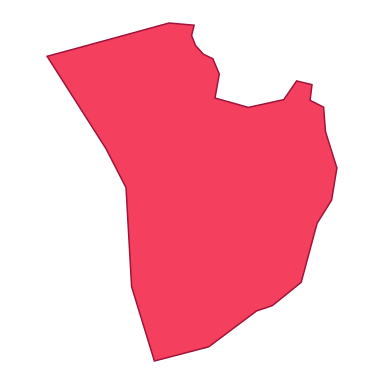 the border of Daejeon
{"feature_id": "KOR-2503", "entity_name": "Daejeon", "entity_type": "Metropolitan City", "adm_level": 1, "iso_a3": "KOR", "parent_name": "South Korea", "parent_adm1": "", "projection": "natural_earth1", "projection_center": [127.381, 36.357], "detail": "fine", "context": "isolated", "style": "filled", "palette": "rose", "viewbox_px": 384, "rotation_deg": 0, "n_neighbors": 0, "source": "natural_earth", "source_scale": "10m", "svg_char_len": 465}
<svg xmlns="http://www.w3.org/2000/svg" viewBox="0 0 384 384"><path d="M154.4,361.0L131.6,286.7L126.0,187.6L106.0,148.7L47.1,56.3L97.5,42.6L169.0,23.0L194.1,25.2L191.6,35.6L195.5,45.5L203.3,54.1L212.9,58.8L219.3,74.1L215.0,98.0L248.3,107.4L283.8,99.6L296.6,80.9L312.0,84.7L310.1,100.3L323.6,107.2L325.5,131.6L336.9,168.0L331.6,200.1L317.1,223.3L301.2,282.3L272.4,305.6L256.6,310.9L208.7,346.8L154.4,361.0Z" fill="#f43f5e" stroke="#9f1239" stroke-width="1.5"/></svg>